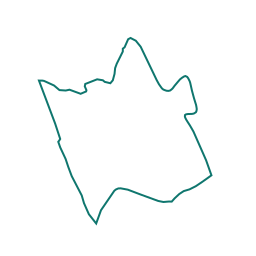 the district of Sibilia, Quezaltenango, Guatemala, rotated 330°
{"feature_id": "79465075B93967770843500", "entity_name": "Sibilia", "entity_type": "district", "adm_level": 2, "iso_a3": "GTM", "parent_name": "Guatemala", "parent_adm1": "Quezaltenango", "projection": "robinson", "projection_center": [-91.632, 14.992], "detail": "fine", "context": "isolated", "style": "outline", "palette": "teal", "viewbox_px": 256, "rotation_deg": 330, "n_neighbors": 0, "source": "geoboundaries", "source_scale": "gbopen_adm2", "svg_char_len": 1335}
<svg xmlns="http://www.w3.org/2000/svg" viewBox="0 0 256 256"><g transform="rotate(330 128 128)"><path d="M176.6,210.7L179.5,195.0L182.9,163.8L182.9,156.7L182.7,152.8L182.6,149.9L182.7,148.0L182.9,146.7L183.8,145.3L185.1,145.2L187.0,145.9L188.8,146.9L190.5,147.8L192.2,148.4L194.7,148.3L195.8,147.5L197.0,146.0L197.8,144.0L198.5,142.0L199.1,139.3L200.1,135.0L202.1,127.5L203.8,122.1L204.5,119.8L204.8,118.3L205.0,115.1L204.8,113.3L203.7,111.7L202.4,111.4L199.9,111.5L197.3,111.9L193.9,113.1L189.5,114.7L186.5,116.0L185.3,116.3L183.3,116.6L181.6,116.1L180.0,115.0L178.7,113.5L177.8,112.3L177.2,110.7L177.0,108.9L176.7,105.5L176.8,100.8L179.6,64.0L178.4,56.3L175.2,51.3L172.5,51.2L165.4,56.4L163.2,56.7L161.7,59.2L150.4,66.7L146.8,69.7L143.4,74.4L138.7,79.1L135.1,80.4L130.9,76.4L130.1,74.1L125.6,70.4L113.0,68.5L111.4,70.3L110.9,74.5L110.0,75.4L104.1,74.7L96.5,65.6L92.8,64.4L87.6,60.9L85.2,54.2L80.6,47.7L78.8,45.2L77.6,44.2L74.6,42.4L67.1,87.8L63.8,103.6L62.1,104.5L60.7,105.1L59.6,110.9L58.5,123.6L56.8,131.9L55.2,141.5L54.2,163.3L52.3,171.1L51.0,183.1L52.7,194.8L63.5,185.7L84.8,175.5L86.9,175.2L89.4,175.5L91.5,176.6L97.0,181.3L105.9,192.2L117.7,206.3L121.7,209.8L126.4,212.0L129.1,213.6L133.3,212.2L139.4,210.8L144.7,210.5L150.6,211.9L157.6,212.3L165.0,211.8L176.6,210.7Z" fill="none" stroke="#0f766e" stroke-width="2"/></g></svg>